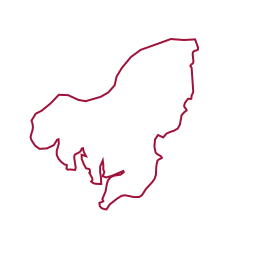 Forécariah, Mercator projection, rotated 339°
{"feature_id": "GIN-5637", "entity_name": "Forécariah", "entity_type": "Prefecture", "adm_level": 1, "iso_a3": "GIN", "parent_name": "Guinea", "parent_adm1": "", "projection": "mercator", "projection_center": [-13.121, 9.37], "detail": "fine", "context": "isolated", "style": "outline", "palette": "rose", "viewbox_px": 256, "rotation_deg": 339, "n_neighbors": 0, "source": "natural_earth", "source_scale": "10m", "svg_char_len": 1993}
<svg xmlns="http://www.w3.org/2000/svg" viewBox="0 0 256 256"><g transform="rotate(339 128 128)"><path d="M222.4,69.3L222.2,78.1L221.3,79.9L219.7,80.1L217.7,79.8L215.8,80.5L214.8,82.3L213.0,89.1L212.5,90.1L212.0,90.6L211.4,91.0L210.2,91.3L208.6,92.1L208.5,93.0L208.9,93.9L208.9,94.9L201.9,117.5L200.9,118.8L199.5,120.0L198.8,120.8L198.3,122.1L197.5,123.4L196.5,123.2L195.4,122.5L194.5,122.3L191.1,124.3L189.9,125.3L188.3,127.5L188.3,129.2L189.1,131.0L189.0,132.6L186.2,133.4L182.6,135.3L177.7,143.4L174.3,146.3L170.0,147.0L166.0,146.8L162.0,147.0L157.5,149.4L153.5,145.3L149.2,148.3L146.0,154.7L145.0,160.7L145.9,162.8L148.7,166.3L149.0,168.0L148.2,168.2L145.0,168.5L143.8,169.1L141.8,172.0L140.2,175.0L137.4,181.5L134.6,185.0L130.9,187.4L123.0,191.3L116.8,195.8L113.7,196.4L109.0,194.7L101.2,189.8L97.9,189.0L92.6,190.0L83.6,192.8L78.7,196.3L76.4,194.9L74.5,193.2L73.7,190.9L74.4,187.7L75.0,187.6L78.0,187.7L78.8,187.4L78.8,186.6L78.5,185.7L78.7,185.0L84.3,179.2L88.2,172.7L90.6,169.7L94.2,167.7L97.8,167.5L104.4,168.9L108.2,167.7L108.2,166.4L95.7,166.9L89.8,166.3L87.3,164.1L87.6,163.3L89.4,161.6L90.1,160.6L90.1,157.9L91.7,153.7L92.8,149.3L88.2,154.0L86.2,159.1L85.0,164.6L82.9,170.7L77.9,168.5L75.8,167.1L74.4,164.8L76.2,163.8L76.6,161.9L75.9,156.4L76.2,156.5L76.7,155.5L77.1,154.1L77.3,152.9L76.9,152.2L74.9,151.0L74.4,150.6L73.8,146.5L73.7,140.3L75.1,136.4L78.7,139.3L78.2,134.7L78.3,132.8L78.7,130.7L77.3,130.7L76.1,132.2L74.4,133.1L72.2,133.5L69.5,133.6L68.1,134.5L67.1,136.6L65.0,146.3L63.6,148.2L58.9,145.9L56.8,145.3L56.0,143.9L57.6,140.8L55.5,139.0L53.5,135.7L52.1,131.7L51.8,127.8L53.2,123.9L57.7,118.0L59.1,113.6L57.6,113.6L52.6,117.4L45.0,118.0L38.0,115.8L35.0,111.4L33.6,105.2L33.6,101.9L35.8,98.6L37.7,96.4L39.3,93.7L40.3,90.4L40.6,86.5L46.9,81.6L53.7,80.9L64.8,77.2L75.3,72.2L83.9,75.9L91.9,84.1L98.1,87.8L113.5,89.1L122.2,87.8L130.8,83.4L135.8,75.9L143.8,69.7L156.1,62.8L167.8,59.6L199.9,60.3L211.7,65.9L222.4,69.3Z" fill="none" stroke="#9f1239" stroke-width="2"/></g></svg>